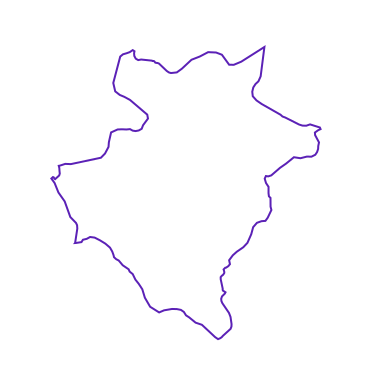 SVG path tracing the border of Taza - Al Hoceima - Taounate, rotated 261°
{"feature_id": "MAR-1447", "entity_name": "Taza - Al Hoceima - Taounate", "entity_type": "Region", "adm_level": 1, "iso_a3": "MAR", "parent_name": "Morocco", "parent_adm1": "", "projection": "equal_earth", "projection_center": [-4.152, 34.39], "detail": "fine", "context": "isolated", "style": "outline", "palette": "violet", "viewbox_px": 384, "rotation_deg": 261, "n_neighbors": 0, "source": "natural_earth", "source_scale": "10m", "svg_char_len": 2478}
<svg xmlns="http://www.w3.org/2000/svg" viewBox="0 0 384 384"><g transform="rotate(261 192 192)"><path d="M159.9,68.5L160.0,68.6L173.8,73.0L177.2,73.3L179.6,72.6L186.3,67.9L202.6,64.8L212.4,60.0L222.4,57.7L227.3,55.2L228.5,57.0L228.1,57.7L226.7,58.2L226.1,58.8L226.7,59.7L227.4,60.8L229.1,63.4L230.9,64.3L233.3,64.4L236.5,64.7L238.7,64.5L238.7,65.6L239.6,71.2L238.5,76.7L240.1,107.4L243.6,112.1L249.6,116.6L254.2,117.7L263.5,121.4L265.4,128.3L264.9,132.6L264.0,137.1L263.8,140.6L261.9,143.0L261.0,145.8L261.1,149.0L262.3,152.2L265.6,154.1L271.4,160.0L275.4,159.9L292.6,145.2L296.6,140.0L299.2,135.8L303.4,131.9L312.0,131.3L337.0,142.3L338.8,145.4L339.3,149.3L339.9,152.4L341.4,155.6L340.0,157.2L338.1,156.5L335.4,156.3L332.5,157.3L330.7,159.5L330.8,162.5L328.0,173.0L327.6,173.4L327.4,174.7L326.8,175.3L325.5,176.0L325.1,177.0L324.8,178.2L324.0,179.5L315.5,186.0L313.7,187.9L312.8,189.8L312.7,191.5L312.5,195.7L315.3,201.2L322.7,212.2L324.6,220.9L327.6,229.8L326.0,237.6L322.9,243.0L311.9,248.6L311.1,253.2L313.0,261.0L323.9,286.2L295.5,277.9L290.9,274.9L288.7,271.6L285.7,268.9L281.6,267.2L277.1,267.0L272.4,270.0L268.0,274.6L254.4,291.6L252.4,293.2L251.0,295.7L241.9,308.3L240.3,311.5L239.6,315.2L240.3,319.2L235.7,328.4L234.0,328.8L233.3,326.3L231.5,322.7L228.9,322.5L221.1,325.2L217.7,323.9L214.8,323.3L211.9,321.8L209.5,319.6L208.2,315.5L209.0,311.0L208.4,304.4L210.4,298.1L205.3,289.3L202.1,282.7L196.0,272.9L195.5,269.7L196.2,267.5L193.8,265.9L189.3,266.5L185.1,268.4L178.9,267.4L175.7,267.3L173.9,268.6L165.2,267.3L161.8,267.6L154.8,262.8L152.0,260.0L152.3,256.1L151.4,251.3L147.7,246.9L141.0,243.9L133.1,238.8L129.4,234.0L126.0,226.9L123.1,222.4L118.8,218.0L114.8,218.2L113.2,216.4L112.7,215.5L111.9,213.6L112.0,213.0L110.6,211.1L110.2,211.2L107.8,211.4L106.8,211.1L105.4,209.8L104.5,208.2L103.4,207.0L101.3,206.7L91.7,207.2L90.7,207.0L89.8,207.1L87.7,209.4L86.5,208.5L84.2,205.3L81.9,204.1L79.7,204.0L77.4,204.6L66.8,209.6L62.6,210.5L55.3,210.4L52.9,209.9L50.8,208.7L45.1,200.0L44.0,198.7L43.2,197.1L42.6,194.7L45.1,192.1L59.3,181.0L62.4,175.1L68.7,169.5L71.1,166.8L74.8,165.2L77.3,162.6L78.7,158.8L79.6,154.0L79.5,145.9L78.2,140.7L85.2,132.7L95.0,128.9L103.7,127.7L109.7,125.0L114.3,122.4L120.2,120.6L123.1,118.0L125.6,117.3L130.5,112.1L135.8,108.9L137.5,106.6L139.8,104.8L142.2,104.6L145.7,103.9L149.9,102.3L154.6,98.3L158.7,93.5L162.2,88.7L163.5,84.3L162.2,80.7L161.9,76.8L159.8,75.0L159.8,69.5L159.9,68.5Z" fill="none" stroke="#5b21b6" stroke-width="2"/></g></svg>